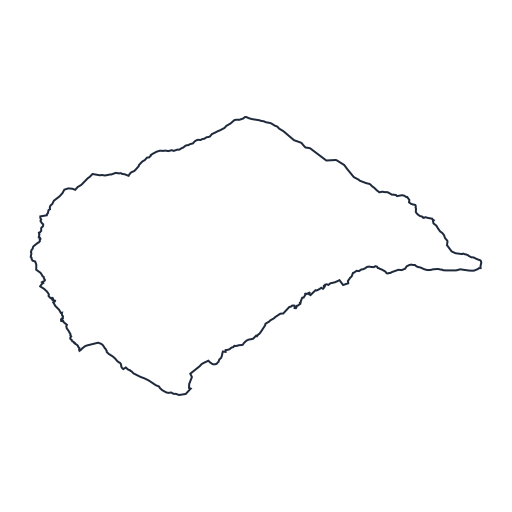 Rosia, Bihor, Romania (Robinson projection)
{"feature_id": "2599482B74663584597770", "entity_name": "Rosia", "entity_type": "district", "adm_level": 2, "iso_a3": "ROU", "parent_name": "Romania", "parent_adm1": "Bihor", "projection": "robinson", "projection_center": [22.429, 46.826], "detail": "fine", "context": "isolated", "style": "outline", "palette": "slate", "viewbox_px": 512, "rotation_deg": 0, "n_neighbors": 0, "source": "geoboundaries", "source_scale": "gbopen_adm2", "svg_char_len": 5981}
<svg xmlns="http://www.w3.org/2000/svg" viewBox="0 0 512 512"><path d="M480.6,268.1L480.5,266.2L481.3,262.6L480.8,260.9L480.4,260.4L476.2,258.8L474.0,257.6L472.7,257.3L471.4,257.3L468.7,255.9L468.2,255.3L466.8,254.8L466.5,254.5L464.9,254.3L463.5,253.7L462.8,253.7L462.2,254.1L456.0,253.3L455.0,253.0L451.6,251.4L447.0,245.2L447.5,241.4L447.2,240.6L445.0,238.0L444.0,235.1L442.3,233.0L440.1,231.4L437.9,228.3L436.4,225.7L433.5,223.4L433.0,221.2L433.8,220.3L432.5,219.5L432.2,218.7L428.2,218.0L425.4,217.2L423.8,217.9L422.9,217.6L422.8,217.0L422.2,216.6L420.2,216.1L418.5,215.1L416.6,213.3L415.8,211.8L416.0,208.6L415.6,207.6L415.8,206.5L415.5,205.3L415.3,205.0L414.0,204.6L412.9,204.5L411.0,203.8L409.0,202.3L409.3,200.6L409.3,199.9L407.2,197.0L406.5,197.1L404.0,195.6L402.0,195.2L397.0,196.1L396.0,195.1L395.1,194.8L394.3,194.9L393.2,194.6L392.0,194.7L387.6,192.2L384.6,192.1L382.3,191.7L379.4,192.3L376.9,190.4L374.1,187.7L372.1,186.3L370.4,184.5L369.4,183.9L366.0,183.1L359.8,180.7L358.5,179.6L353.8,177.1L347.0,168.8L344.2,165.0L336.7,160.3L335.7,160.0L326.3,160.5L310.4,148.5L309.6,148.1L305.5,147.5L304.1,146.1L301.6,143.1L300.8,142.6L294.0,140.2L284.5,132.1L283.1,131.0L279.1,128.6L277.3,126.6L274.7,125.6L271.6,123.6L270.1,123.0L265.8,122.2L263.9,121.3L261.0,120.9L259.6,120.3L252.0,119.1L249.1,118.3L246.1,117.0L245.1,117.0L243.0,118.6L239.3,119.8L236.5,119.7L234.4,120.1L230.5,123.5L226.3,125.9L224.6,127.9L220.2,130.2L216.3,131.9L215.6,132.4L211.9,134.1L209.9,136.5L208.9,136.9L206.5,137.3L204.2,138.8L202.5,139.0L200.5,140.0L198.0,139.8L196.4,140.3L194.8,141.3L192.9,143.4L190.2,144.1L188.2,145.2L187.0,145.2L185.5,145.7L183.3,147.5L181.2,148.4L179.5,149.6L177.1,149.7L173.7,150.9L171.8,150.2L168.2,151.1L165.5,150.6L162.9,150.9L160.0,150.7L156.8,151.6L152.7,153.8L150.7,155.1L150.8,155.7L149.1,157.4L147.0,157.6L144.8,160.1L142.2,161.6L139.0,165.0L138.7,166.2L136.3,168.9L134.3,171.0L131.3,172.3L130.5,173.0L129.4,174.4L128.6,175.8L124.8,174.3L122.1,173.9L121.3,173.3L120.6,173.2L118.9,173.4L116.5,173.0L115.6,172.9L111.3,174.5L110.6,174.4L105.0,175.5L101.8,175.0L100.0,175.3L92.5,174.0L89.8,176.8L87.7,178.3L81.3,184.9L77.7,187.0L75.2,189.8L72.2,188.7L68.2,188.4L64.3,189.7L62.5,193.1L59.5,196.4L53.9,200.7L52.2,204.1L50.6,205.4L50.0,206.6L49.8,207.7L50.0,209.2L48.5,210.2L47.9,213.2L46.9,214.2L46.8,215.3L40.3,216.4L40.3,218.0L41.2,219.6L40.5,220.7L40.7,221.6L41.5,222.4L41.8,223.1L43.2,224.3L43.1,225.6L42.7,226.7L41.8,227.2L41.2,228.1L41.2,230.9L40.6,231.5L40.0,232.4L38.9,232.7L39.1,234.1L39.4,234.7L39.2,235.4L39.2,236.1L39.0,236.3L38.8,237.5L40.0,237.9L40.5,238.9L39.7,239.6L39.9,241.1L39.4,241.6L39.1,242.2L37.7,242.9L33.7,246.1L33.0,247.1L32.6,248.8L31.4,250.2L31.2,251.5L30.9,252.0L31.4,253.4L30.7,256.9L31.5,257.6L31.6,259.0L32.6,260.7L35.2,261.5L36.3,264.7L36.2,269.7L40.5,272.8L42.0,275.0L42.5,276.1L43.7,276.9L44.0,278.6L45.0,280.0L44.5,280.8L43.6,281.5L43.0,281.6L42.0,282.2L43.1,283.1L41.9,284.0L40.5,285.7L40.2,286.4L44.0,288.8L46.7,291.3L48.4,293.5L48.9,294.8L48.6,295.4L48.6,296.1L50.4,298.0L51.1,298.4L52.1,297.8L52.7,298.0L52.9,298.3L52.7,298.7L53.0,299.2L52.2,299.3L52.4,299.9L54.7,300.6L54.5,300.9L54.9,301.1L54.7,301.5L54.0,301.4L53.2,302.3L54.7,304.8L55.0,305.6L59.2,309.9L60.8,312.9L62.0,312.7L61.8,313.4L62.0,315.1L63.0,316.3L62.5,317.6L62.8,317.6L62.9,318.4L61.2,319.1L61.0,319.7L61.2,321.0L62.1,321.1L62.6,320.5L63.1,320.8L63.7,322.2L66.9,324.8L66.3,326.1L66.7,328.2L69.2,331.8L69.4,332.6L70.1,333.4L70.5,334.2L70.5,334.7L70.3,335.1L71.2,336.4L70.4,337.3L70.3,337.9L70.3,338.8L71.8,340.1L71.8,340.6L72.2,341.1L74.6,342.7L74.4,343.2L77.3,345.1L77.9,345.8L78.1,346.7L79.4,348.1L79.1,349.7L79.5,350.8L80.7,350.0L82.1,348.5L84.9,346.3L86.8,345.5L98.1,342.7L101.1,343.8L102.6,344.9L104.2,347.1L104.8,348.3L105.4,348.7L106.6,350.7L106.7,351.9L108.7,353.9L112.7,356.4L114.9,358.3L117.3,361.1L118.6,362.2L119.8,362.7L121.0,364.2L121.3,366.6L121.9,367.8L123.3,369.1L125.8,367.5L128.4,369.8L129.9,370.1L130.4,370.9L131.5,371.3L133.5,373.4L140.5,376.9L144.3,378.3L148.6,380.4L155.8,385.2L159.0,386.5L160.1,388.3L162.3,390.2L166.2,392.4L168.4,392.9L171.1,392.5L173.5,393.8L176.1,393.9L179.0,395.0L185.7,394.0L190.7,388.6L189.0,387.9L189.2,384.0L191.9,377.1L190.3,373.7L199.7,366.2L201.4,364.3L203.3,363.1L208.4,360.7L209.9,362.3L212.5,364.1L214.5,364.4L216.5,363.9L218.6,361.6L219.3,359.5L221.0,358.0L221.9,355.9L222.3,353.6L222.9,351.5L225.6,351.9L225.6,350.1L227.3,349.9L229.2,349.4L231.7,347.5L233.4,347.1L234.1,346.0L234.7,345.8L235.3,346.0L237.3,345.8L238.3,345.3L242.0,345.0L242.8,344.7L244.0,342.9L246.4,340.7L248.4,339.7L253.0,338.8L256.2,335.6L256.9,336.2L258.5,334.3L259.2,334.0L260.7,332.1L265.1,325.4L265.5,323.7L269.1,321.6L270.4,320.3L274.0,318.3L275.2,317.1L280.3,313.7L283.2,313.5L289.4,306.9L290.5,306.8L291.4,306.3L292.1,305.6L293.9,305.5L294.6,305.7L294.6,308.1L295.9,308.2L296.4,307.4L296.9,305.8L297.8,305.6L299.9,304.1L299.9,303.2L300.4,303.4L301.0,300.8L302.2,297.7L303.6,297.6L305.3,294.9L305.2,293.8L305.9,293.6L306.8,294.0L309.3,292.6L309.6,292.8L309.1,294.3L310.5,295.1L315.5,290.2L316.7,290.5L319.4,289.1L321.2,287.8L323.0,288.8L324.3,287.3L324.2,286.4L323.1,285.8L325.0,285.8L325.1,284.7L326.9,284.3L328.4,284.9L330.4,283.3L334.9,282.3L339.5,280.2L343.1,285.0L348.2,283.3L348.2,282.2L347.9,281.0L350.2,277.7L351.6,276.5L353.0,272.9L353.7,272.8L356.6,270.8L359.0,271.1L361.0,269.7L361.9,269.3L363.0,269.3L364.7,268.5L367.1,266.9L369.3,266.6L371.1,267.0L373.9,267.1L375.3,266.2L377.1,266.7L377.8,268.0L378.8,268.1L379.5,268.7L381.7,269.5L384.6,271.1L385.4,271.6L386.6,273.2L387.8,273.5L389.0,273.0L390.3,273.0L391.6,272.2L398.3,269.8L401.7,270.1L405.1,268.7L406.7,266.3L409.1,265.1L411.1,264.6L413.1,265.0L414.9,265.0L416.0,266.0L417.6,266.9L420.5,267.5L423.7,269.0L426.1,269.8L428.1,270.1L430.9,269.9L433.1,269.3L437.4,269.0L438.8,269.1L440.6,269.6L441.9,269.6L443.0,270.2L445.6,270.4L456.2,270.4L460.2,269.3L469.3,270.6L473.8,270.7L477.8,269.1L478.8,268.2L480.6,268.1Z" fill="none" stroke="#1e293b" stroke-width="2"/></svg>